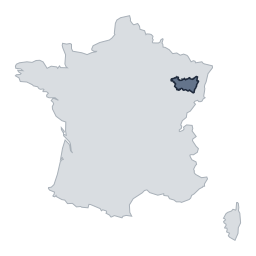 Vosges highlighted on a map of France
{"feature_id": "FRA-5355", "entity_name": "Vosges", "entity_type": "Metropolitan department", "adm_level": 1, "iso_a3": "FRA", "parent_name": "France", "parent_adm1": "", "projection": "albers", "projection_center": [6.233, 48.171], "detail": "fine", "context": "in_parent", "style": "filled", "palette": "slate", "viewbox_px": 256, "rotation_deg": 0, "n_neighbors": 0, "source": "natural_earth", "source_scale": "10m", "svg_char_len": 5804}
<svg xmlns="http://www.w3.org/2000/svg" viewBox="0 0 256 256"><path d="M205.0,97.8L203.2,98.9L202.0,101.1L200.8,101.6L198.7,101.6L197.6,100.3L195.0,101.2L193.9,102.6L195.5,104.2L190.3,111.1L187.0,112.9L186.3,117.4L182.3,120.7L180.9,124.3L180.7,125.0L181.7,126.1L181.3,128.4L179.3,129.9L179.3,131.4L179.9,131.6L182.9,130.4L184.1,129.0L183.5,127.2L186.6,124.9L192.1,125.4L192.8,128.5L192.1,131.0L196.2,136.5L192.7,139.1L192.5,140.8L196.1,146.3L198.4,148.6L197.3,152.3L193.4,154.8L191.0,154.6L189.9,155.2L190.1,156.4L191.8,159.7L196.0,161.9L196.6,164.4L195.5,165.4L193.6,169.2L194.4,171.1L194.1,171.9L194.5,173.2L195.7,174.5L201.5,177.7L206.8,177.0L207.5,178.9L204.4,184.0L204.6,186.2L202.9,186.3L202.7,187.1L199.4,188.8L194.1,193.9L191.6,195.4L190.7,198.0L189.2,199.5L181.5,202.4L180.1,201.8L176.3,201.8L174.0,200.0L169.5,198.7L168.1,196.0L163.9,195.5L163.7,193.7L157.8,195.2L149.7,192.6L146.9,189.9L144.5,190.5L142.3,192.8L133.2,198.7L129.4,204.9L129.8,212.4L131.7,216.2L126.2,215.4L122.9,216.3L122.0,217.8L114.4,215.6L111.4,217.0L110.6,216.8L109.7,215.2L106.0,213.2L106.7,212.0L106.2,210.9L102.7,209.8L101.4,210.8L100.2,208.6L90.5,204.5L88.9,204.4L88.0,207.8L81.6,207.2L80.7,206.5L76.5,206.9L72.4,203.4L67.5,203.6L64.8,200.1L61.9,199.6L58.0,197.5L56.2,196.5L56.1,195.5L54.7,196.8L53.2,196.4L52.9,195.9L54.1,194.2L54.5,192.1L49.6,190.1L48.4,188.4L48.5,187.6L51.3,187.2L54.0,184.6L57.4,174.3L60.2,162.1L61.7,159.9L63.3,159.4L62.2,157.6L60.5,159.7L62.5,148.4L65.1,140.0L68.9,143.9L69.7,145.5L70.5,150.7L72.6,153.0L71.3,150.9L70.4,143.9L69.6,141.9L63.6,135.7L63.5,134.3L66.3,135.3L65.6,131.0L65.8,122.0L61.9,120.7L56.1,116.3L52.5,109.1L52.3,106.5L53.7,103.9L52.9,102.1L51.2,100.7L52.8,98.6L54.1,98.5L58.4,100.3L55.0,97.7L49.1,97.8L46.8,96.8L46.6,95.1L48.4,93.2L46.6,91.7L43.2,91.6L42.8,91.1L44.0,89.7L43.2,89.0L40.4,89.3L38.9,88.6L37.7,86.8L33.3,85.8L32.5,84.8L26.7,82.0L20.3,81.5L19.0,77.9L15.4,75.8L16.3,74.8L20.3,74.4L21.1,73.5L18.5,71.8L17.7,70.2L22.9,70.7L20.8,68.9L15.8,68.3L15.4,66.2L16.4,64.2L19.5,62.8L26.9,61.8L32.1,62.4L36.1,60.5L39.8,60.3L43.1,61.9L47.1,68.3L51.2,66.2L56.7,66.9L57.7,68.4L59.5,65.9L60.6,67.6L67.4,67.8L66.0,66.6L64.9,64.0L65.6,54.8L62.8,47.9L62.2,45.4L62.6,43.3L66.6,44.1L70.0,43.5L71.5,44.3L71.5,48.6L72.7,51.2L81.9,52.8L87.1,54.6L91.8,52.6L96.1,51.8L96.5,51.3L94.1,51.3L91.9,50.1L91.7,49.0L93.1,45.7L99.8,42.5L109.4,40.0L111.9,38.1L114.9,34.5L114.3,33.5L115.4,23.2L116.9,20.0L120.6,17.7L129.6,15.7L130.5,19.1L130.4,20.9L132.6,23.9L133.8,24.8L137.7,23.5L139.5,26.2L140.0,29.3L144.6,30.7L145.9,34.7L146.8,33.9L149.8,34.1L151.2,34.5L153.0,36.3L152.4,38.6L153.2,39.8L152.3,42.0L152.9,42.9L158.4,43.0L160.0,42.1L160.8,39.9L162.5,38.7L163.1,39.1L162.0,43.1L162.8,44.2L163.1,47.1L165.2,47.4L169.2,49.7L172.6,53.6L176.8,53.0L180.2,55.2L183.6,54.1L186.9,55.3L188.0,56.4L191.1,61.8L193.4,60.7L195.1,61.3L195.6,62.8L201.9,61.8L203.1,63.3L204.4,63.9L212.3,65.8L212.5,67.8L208.0,73.7L206.1,81.9L204.8,84.8L204.4,87.0L204.8,88.4L204.6,90.6L203.7,96.0L204.3,97.5L205.0,97.8ZM238.8,207.4L238.5,210.8L239.8,213.2L240.6,222.9L238.3,227.7L238.0,233.4L235.0,240.3L229.8,237.4L228.3,235.8L229.5,233.2L226.6,231.9L227.2,229.4L226.8,228.1L224.8,228.1L224.7,227.4L226.1,225.4L226.0,224.2L224.0,222.8L223.6,221.5L225.5,219.9L224.6,218.6L223.5,218.3L225.9,213.8L227.6,212.4L231.5,211.0L233.0,209.3L235.6,210.1L236.0,209.6L236.6,202.6L237.5,202.5L238.3,203.4L238.8,207.4ZM64.3,131.3L63.6,133.3L61.4,129.6L61.3,127.6L64.3,131.3Z" fill="#d9dde1" stroke="#a8b0b8" stroke-width="1"/><path d="M193.5,78.9L193.9,78.6L194.8,77.6L196.1,76.6L196.6,76.5L197.4,76.9L197.5,77.0L197.4,77.1L197.2,77.4L197.2,78.2L197.1,79.3L197.1,79.6L197.0,79.8L196.9,80.2L196.9,80.4L196.9,80.6L197.0,80.6L197.2,80.8L197.3,80.8L197.5,80.9L198.0,80.8L198.4,81.1L198.5,81.2L198.5,81.5L196.6,84.8L196.5,85.0L196.5,85.3L196.6,85.5L196.7,85.9L196.6,86.1L196.2,86.6L195.8,87.8L195.5,88.3L195.3,88.6L194.7,89.3L194.6,89.6L194.5,89.8L194.5,90.1L194.5,90.3L194.5,90.5L194.4,90.8L194.1,91.3L194.1,91.5L194.2,91.8L194.2,92.0L194.1,92.4L194.0,92.5L193.5,92.7L193.4,92.8L192.9,92.7L191.7,91.8L191.4,91.5L191.2,91.3L190.7,91.1L190.3,90.9L190.0,90.4L189.7,90.1L189.4,90.0L189.2,90.2L189.0,90.5L188.9,90.6L188.6,90.8L188.4,90.9L188.2,90.9L187.9,90.9L187.7,90.9L186.3,90.0L185.7,89.7L184.9,89.8L184.6,89.9L184.4,90.0L184.0,90.2L183.7,90.2L183.4,90.1L183.2,89.9L182.9,89.8L182.8,89.7L182.7,89.6L182.7,89.3L182.7,89.2L182.5,88.8L182.2,88.6L181.4,88.4L181.2,88.5L180.9,88.6L180.7,88.8L180.4,89.3L179.9,89.6L179.7,89.8L179.4,90.0L179.3,89.9L179.4,89.5L179.4,89.3L179.4,89.2L179.2,89.1L179.0,89.3L178.7,89.8L178.5,90.1L178.2,90.2L177.5,89.4L177.2,89.4L177.1,89.5L176.8,89.6L176.7,89.4L176.7,89.2L176.8,88.6L176.8,88.4L176.7,88.2L176.4,87.9L176.1,87.8L175.9,87.7L175.7,87.5L175.5,87.2L175.0,86.7L174.7,86.5L174.6,86.4L174.7,86.1L174.8,86.0L174.8,85.8L175.1,85.2L175.1,84.9L175.2,84.7L175.2,84.4L175.3,84.3L175.6,84.1L175.6,83.9L175.5,83.7L175.2,83.4L174.7,83.1L174.5,82.9L174.6,82.6L174.5,82.4L174.4,82.2L174.1,82.0L173.6,82.1L173.3,81.8L173.1,81.5L172.7,80.9L172.5,80.6L172.4,80.5L172.0,80.4L171.9,80.4L171.7,80.5L171.5,80.9L171.4,80.9L171.2,80.8L171.1,80.5L171.1,80.1L171.1,79.9L171.1,79.6L171.4,79.2L171.5,78.9L171.9,79.0L172.3,78.9L173.1,78.4L173.3,78.4L173.8,78.5L174.0,78.4L174.8,77.8L175.6,77.9L175.9,77.8L176.1,77.6L176.3,77.1L176.5,77.4L177.1,77.1L177.5,77.0L177.9,77.1L178.3,77.3L178.4,77.5L178.4,78.0L178.3,78.3L178.2,78.5L177.9,78.9L178.0,79.0L179.2,79.7L179.1,80.2L179.5,80.4L181.7,80.3L182.2,80.0L182.2,79.2L182.6,79.4L183.8,79.3L183.8,79.1L184.0,79.0L184.1,78.7L184.3,78.5L184.6,79.0L185.0,79.2L185.4,79.3L185.9,79.2L185.9,79.6L186.1,79.5L186.6,79.1L187.6,79.0L189.2,77.8L189.7,77.7L189.8,78.0L189.8,78.3L189.9,78.6L190.1,78.8L191.2,79.0L192.3,79.4L192.5,79.3L193.2,78.5L193.5,78.9Z" fill="#64748b" stroke="#1e293b" stroke-width="1.5"/></svg>